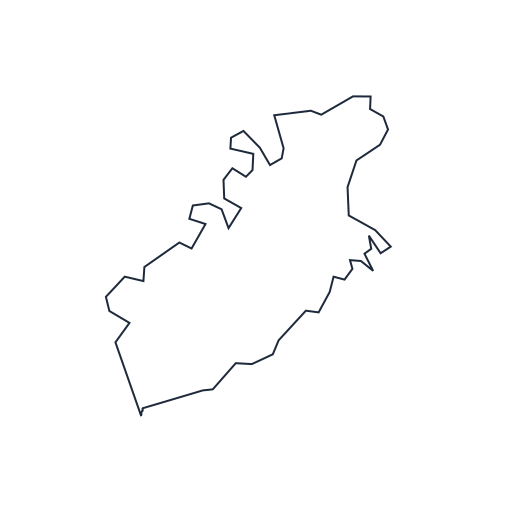 the district of New Kent, Virginia, United States of America, rotated 296°
{"feature_id": "52423323B69820682895113", "entity_name": "New Kent", "entity_type": "district", "adm_level": 2, "iso_a3": "USA", "parent_name": "United States of America", "parent_adm1": "Virginia", "projection": "robinson", "projection_center": [-77.003, 37.502], "detail": "fine", "context": "isolated", "style": "outline", "palette": "slate", "viewbox_px": 512, "rotation_deg": 296, "n_neighbors": 0, "source": "geoboundaries", "source_scale": "gbopen_adm2", "svg_char_len": 1098}
<svg xmlns="http://www.w3.org/2000/svg" viewBox="0 0 512 512"><g transform="rotate(296 256 256)"><path d="M410.6,241.6L390.5,210.7L364.9,233.6L355.0,236.3L343.9,228.7L355.0,212.0L362.9,189.9L351.4,181.7L341.3,185.9L346.6,208.8L331.7,215.2L322.8,212.2L324.5,196.3L310.2,193.4L293.8,202.2L292.6,221.7L269.0,219.1L282.9,204.6L282.7,190.6L273.7,177.1L260.2,179.8L262.6,196.6L234.5,194.8L234.5,181.2L197.2,160.5L184.1,165.8L179.9,147.1L153.5,139.0L142.3,148.3L140.4,171.6L116.8,167.5L62.4,222.4L62.6,222.6L63.3,222.5L64.4,221.9L64.5,221.6L65.0,221.4L65.3,221.6L65.7,221.5L66.3,221.6L67.0,221.9L67.6,221.6L68.0,221.7L68.4,221.4L68.7,221.1L69.1,220.9L69.5,220.9L111.8,267.0L117.2,275.6L150.8,284.8L157.0,299.6L175.0,314.2L190.2,313.3L228.7,324.8L232.8,337.0L256.0,338.0L271.4,334.8L273.6,345.9L286.7,348.3L293.5,342.3L297.5,352.5L294.0,367.8L305.6,352.5L313.0,356.4L323.8,348.5L313.1,366.8L323.5,373.0L331.5,351.8L333.1,321.6L358.0,308.1L385.9,304.4L410.4,318.7L427.6,319.2L437.2,309.3L438.1,294.1L449.6,289.1L442.0,273.2L411.6,252.7L410.6,241.6Z" fill="none" stroke="#1e293b" stroke-width="2"/></g></svg>